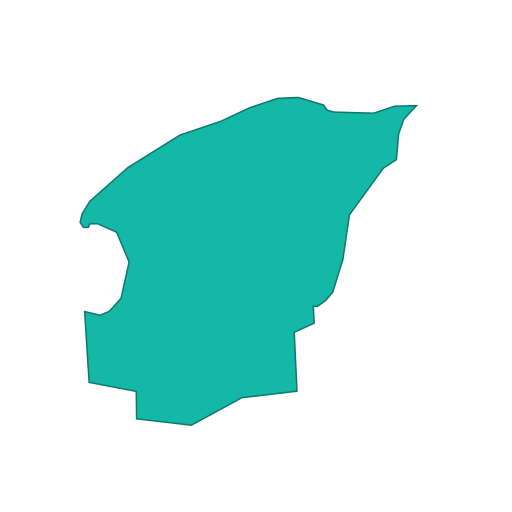 Mathews, Virginia, United States of America, rotated 255°
{"feature_id": "52423323B81347355959648", "entity_name": "Mathews", "entity_type": "district", "adm_level": 2, "iso_a3": "USA", "parent_name": "United States of America", "parent_adm1": "Virginia", "projection": "robinson", "projection_center": [-76.331, 37.423], "detail": "fine", "context": "isolated", "style": "filled", "palette": "teal", "viewbox_px": 512, "rotation_deg": 255, "n_neighbors": 0, "source": "geoboundaries", "source_scale": "gbopen_adm2", "svg_char_len": 691}
<svg xmlns="http://www.w3.org/2000/svg" viewBox="0 0 512 512"><g transform="rotate(255 256 256)"><path d="M129.6,98.5L109.3,149.7L122.8,205.6L114.8,260.6L172.4,273.2L176.1,294.8L192.6,298.4L191.4,302.1L195.0,311.8L201.2,320.8L230.1,339.0L271.7,357.0L307.8,401.6L312.8,416.6L337.3,425.5L349.8,434.2L359.7,449.9L364.8,428.9L363.5,406.6L374.9,368.4L378.4,362.5L384.3,360.4L398.2,337.9L402.7,317.7L400.8,288.0L395.3,257.5L392.5,213.8L374.6,155.2L351.9,109.7L341.7,98.9L334.0,94.8L328.3,96.7L327.1,101.4L330.0,103.9L328.1,111.4L315.1,127.5L283.1,131.9L250.1,114.7L240.6,100.1L239.1,90.1L246.7,76.1L177.1,62.1L156.2,105.3L129.6,98.5Z" fill="#14b8a6" stroke="#0f766e" stroke-width="1.5"/></g></svg>